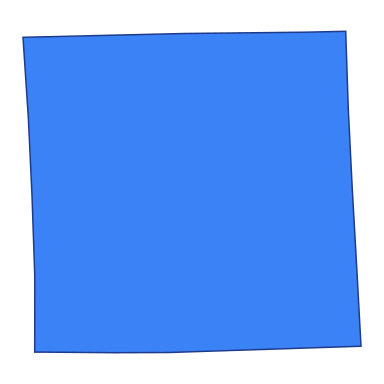 outline of Livingston, Michigan, United States of America
{"feature_id": "52423323B39126215776989", "entity_name": "Livingston", "entity_type": "district", "adm_level": 2, "iso_a3": "USA", "parent_name": "United States of America", "parent_adm1": "Michigan", "projection": "equal_earth", "projection_center": [-83.94, 42.604], "detail": "fine", "context": "isolated", "style": "filled", "palette": "blue", "viewbox_px": 384, "rotation_deg": 0, "n_neighbors": 0, "source": "geoboundaries", "source_scale": "gbopen_adm2", "svg_char_len": 312}
<svg xmlns="http://www.w3.org/2000/svg" viewBox="0 0 384 384"><path d="M23.0,37.3L28.4,118.9L32.0,195.5L34.8,277.0L34.7,352.1L41.2,352.1L115.1,352.7L169.1,352.5L361.0,346.2L356.7,267.0L352.3,189.5L348.3,109.6L345.7,31.3L304.9,32.2L184.2,33.5L23.0,37.3Z" fill="#3b82f6" stroke="#1e3a8a" stroke-width="1.5"/></svg>